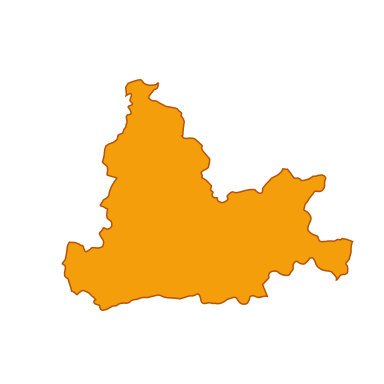 the district of Phuc Hoa, Cao Bằng, Vietnam, rotated 76°
{"feature_id": "81297802B46332855119377", "entity_name": "Phuc Hoa", "entity_type": "district", "adm_level": 2, "iso_a3": "VNM", "parent_name": "Vietnam", "parent_adm1": "Cao Bằng", "projection": "robinson", "projection_center": [106.527, 22.563], "detail": "fine", "context": "isolated", "style": "filled", "palette": "amber", "viewbox_px": 384, "rotation_deg": 76, "n_neighbors": 0, "source": "geoboundaries", "source_scale": "gbopen_adm2", "svg_char_len": 6005}
<svg xmlns="http://www.w3.org/2000/svg" viewBox="0 0 384 384"><g transform="rotate(76 192 192)"><path d="M278.9,48.2L275.4,53.4L273.5,57.4L273.6,57.9L274.3,58.9L274.3,59.3L273.5,61.5L273.3,62.4L274.1,65.4L274.1,66.3L273.2,68.7L272.5,72.1L272.3,74.0L271.7,77.7L271.1,79.2L270.1,80.2L268.9,80.6L266.6,80.6L265.5,80.8L265.0,81.2L263.6,83.2L262.7,84.8L260.0,87.2L258.4,88.1L257.0,88.6L255.5,88.6L252.7,87.2L248.4,83.8L246.8,83.0L244.7,82.8L242.7,83.3L240.0,84.5L238.7,85.5L236.8,87.5L235.8,87.7L233.9,86.5L231.9,85.6L230.4,84.1L228.9,82.0L227.1,80.3L225.0,77.7L223.5,75.6L221.5,73.4L221.2,72.6L221.1,71.6L222.0,69.5L222.4,68.0L222.4,66.5L221.6,64.8L220.2,63.0L218.3,61.9L213.8,60.7L212.6,60.1L211.8,59.3L210.8,58.9L209.8,59.1L208.2,59.9L206.9,61.8L206.4,65.8L206.6,68.1L206.0,70.9L206.5,71.9L207.6,75.5L207.9,80.1L207.5,82.5L206.8,83.4L205.3,84.2L204.6,85.0L203.9,86.2L203.8,88.2L203.2,89.4L201.8,90.2L197.0,92.0L193.0,93.9L193.0,94.2L192.5,95.8L191.6,97.7L191.6,98.3L193.2,99.6L194.4,101.1L195.5,103.0L196.6,105.9L197.9,111.8L199.5,113.7L202.4,118.5L205.8,122.7L208.6,123.4L209.4,124.2L209.8,124.9L209.8,125.7L209.5,126.9L208.5,128.1L206.4,129.7L205.0,130.4L204.7,131.1L203.7,134.8L203.4,141.0L203.6,143.9L203.5,148.6L202.9,150.6L202.1,151.7L201.7,152.7L201.8,154.2L202.4,155.5L203.5,157.6L204.4,158.8L205.0,159.0L205.8,159.0L207.2,158.7L208.4,159.7L209.2,161.6L209.7,163.7L209.5,166.1L208.3,167.2L207.3,168.7L206.7,169.1L206.1,169.2L203.8,168.9L203.5,169.5L202.9,171.8L202.2,172.6L200.8,173.2L199.7,173.2L198.7,172.8L197.5,171.7L196.6,171.8L195.4,173.2L194.4,173.4L191.0,171.8L190.3,171.8L184.0,175.4L180.3,179.0L178.6,178.1L177.9,178.1L176.4,178.5L175.6,178.6L174.7,177.7L173.9,175.8L173.4,173.4L172.7,171.3L172.1,170.2L167.4,167.9L164.6,166.9L163.9,167.0L154.9,171.5L152.3,172.2L151.3,171.9L149.8,170.9L149.5,170.9L146.1,173.0L141.3,176.3L140.1,178.2L139.1,181.3L138.7,184.6L137.9,186.5L137.3,187.2L135.1,188.3L135.1,187.8L134.8,187.4L133.9,186.9L130.5,185.9L121.7,182.5L119.2,182.7L115.4,184.2L114.2,183.5L113.0,183.1L112.2,183.3L109.9,185.2L107.4,186.4L105.0,191.1L103.1,195.6L102.0,197.5L100.6,198.8L97.9,201.9L95.9,203.7L94.9,205.0L94.4,206.5L94.1,207.7L92.8,209.8L90.1,211.3L88.6,210.5L83.6,204.1L83.1,201.0L82.0,199.9L78.4,198.3L78.0,198.5L78.1,199.3L79.1,200.9L78.8,204.8L78.0,207.8L77.6,208.8L76.4,210.7L74.9,212.3L71.1,214.1L70.5,215.4L70.3,217.0L70.5,222.2L70.8,225.7L71.2,227.7L72.5,229.2L74.5,231.0L79.4,231.7L81.7,232.1L82.6,232.6L81.6,229.5L81.6,228.3L81.8,227.6L82.7,227.3L83.7,227.4L87.9,230.0L89.0,229.9L91.6,228.4L92.5,228.6L92.9,229.1L93.3,232.4L93.8,233.3L94.4,233.4L97.7,232.1L99.9,231.9L101.3,232.2L101.7,232.8L101.6,236.0L102.8,237.4L103.9,237.7L107.7,237.9L109.3,238.5L110.4,239.4L113.1,240.7L114.6,242.7L117.7,244.7L118.4,245.6L118.5,248.1L118.7,249.4L119.4,250.3L121.8,251.3L123.0,252.1L123.7,253.4L124.9,256.7L125.3,261.0L126.6,264.5L129.7,266.4L135.5,268.5L139.7,270.7L140.8,271.5L141.9,271.5L146.2,268.4L147.6,268.1L150.4,268.6L154.7,270.2L155.1,270.1L157.2,266.7L159.0,263.3L160.4,261.5L163.2,264.8L167.3,268.9L171.7,272.0L175.1,273.5L176.3,274.7L177.1,276.1L178.3,279.8L181.2,282.8L182.4,284.0L183.0,284.2L183.5,283.9L185.2,281.1L187.1,279.5L187.7,278.3L187.8,278.2L188.6,278.3L194.2,280.6L197.0,280.5L198.4,279.6L200.1,278.0L202.3,277.3L205.4,278.0L206.8,279.3L207.5,280.9L207.7,282.6L207.4,283.7L205.4,286.1L205.4,286.8L206.0,287.1L207.2,288.4L209.2,291.4L210.3,292.0L214.1,291.0L216.9,290.0L218.8,289.8L219.9,290.1L222.7,291.4L223.4,292.4L223.8,295.0L223.5,297.2L221.9,301.9L221.9,303.0L223.1,304.8L224.3,308.6L224.2,309.5L223.2,310.3L220.3,310.7L218.4,310.7L217.3,311.5L217.1,312.2L216.3,313.4L215.2,314.1L214.6,315.1L213.1,317.1L212.5,318.5L211.1,323.2L213.2,325.1L215.0,326.3L216.9,326.9L224.9,330.2L227.0,331.5L228.3,333.0L229.3,334.5L230.3,335.2L232.5,333.2L233.6,333.0L235.5,333.4L240.0,335.4L242.6,335.8L244.6,334.8L246.1,333.3L256.8,332.7L259.0,332.9L259.5,332.1L261.0,330.4L263.6,328.8L263.8,328.2L263.4,327.6L262.8,327.0L261.2,323.0L261.2,321.6L261.7,320.6L264.7,316.7L267.2,315.1L268.9,314.2L269.9,313.3L273.1,311.4L273.9,313.3L274.8,313.8L275.9,313.8L276.7,313.4L277.3,312.8L279.6,309.3L280.5,309.1L281.8,309.3L283.4,309.2L284.6,308.3L285.1,307.4L285.3,304.5L285.1,302.4L283.7,297.6L283.5,296.5L283.9,294.0L284.0,292.6L282.9,289.9L282.9,287.8L283.2,285.2L284.0,282.6L284.1,281.1L284.0,279.6L282.7,277.2L282.4,275.2L282.8,271.5L282.3,266.6L282.9,263.2L283.6,261.0L283.7,249.8L284.4,248.2L285.2,247.0L286.5,245.6L287.7,243.6L288.3,242.3L290.5,235.6L292.0,231.1L292.7,230.0L292.7,228.0L292.2,220.9L292.4,218.7L293.0,216.1L293.0,215.3L292.9,214.3L292.4,212.8L292.3,211.8L292.4,210.7L293.3,210.0L295.6,209.4L300.2,209.5L301.7,209.0L302.4,208.5L303.0,207.6L303.4,206.1L303.5,202.8L303.7,201.7L305.3,198.5L305.6,196.5L306.5,194.6L306.8,192.7L306.9,191.1L306.6,189.2L305.8,186.2L304.7,183.8L304.3,177.3L304.6,175.8L305.1,175.0L305.9,174.4L307.7,173.9L309.7,173.0L311.4,172.0L312.5,170.9L313.2,169.4L313.7,167.4L313.5,165.7L312.3,164.1L310.4,162.5L307.8,161.2L307.2,160.4L307.4,157.8L308.1,156.6L310.3,153.6L310.5,152.4L310.5,151.8L310.3,151.3L310.8,150.9L310.6,149.6L310.6,148.0L310.8,145.9L311.5,144.2L298.9,145.9L296.2,141.7L294.1,138.4L293.6,138.0L292.1,138.0L290.8,137.5L289.9,136.9L288.9,135.6L288.4,133.8L288.6,131.5L289.2,129.1L290.5,127.9L292.1,126.8L293.0,125.8L294.6,123.6L295.9,120.3L296.1,118.9L296.0,118.1L295.5,117.1L294.0,115.9L292.5,113.7L291.2,112.5L287.0,111.5L285.5,110.1L284.7,109.0L284.5,107.8L284.6,107.1L287.7,104.1L288.9,101.4L288.9,100.1L287.9,98.1L286.5,95.8L284.9,94.0L284.7,92.8L284.8,91.8L285.2,90.8L287.1,89.9L289.8,89.3L292.1,89.2L294.0,88.6L296.7,86.9L299.2,84.3L300.5,81.9L301.6,79.1L302.2,77.3L303.6,75.7L307.7,73.4L309.4,72.8L310.5,72.6L312.3,73.2L312.2,72.6L311.9,72.0L308.7,68.2L308.4,66.5L308.9,63.7L308.4,61.4L307.0,60.3L304.0,59.4L301.4,59.2L299.3,60.0L298.5,60.1L298.0,59.7L296.7,57.5L295.4,55.9L291.4,53.7L288.9,52.2L286.5,51.7L283.1,50.7L279.2,48.6L278.9,48.2Z" fill="#f59e0b" stroke="#b45309" stroke-width="1.5"/></g></svg>